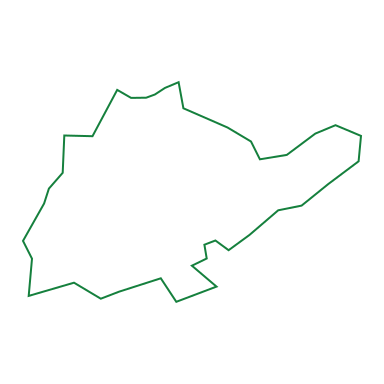 Izboskan, Andijon, Uzbekistan (Natural Earth projection)
{"feature_id": "79887680B50454088446008", "entity_name": "Izboskan", "entity_type": "district", "adm_level": 2, "iso_a3": "UZB", "parent_name": "Uzbekistan", "parent_adm1": "Andijon", "projection": "natural_earth1", "projection_center": [72.251, 40.931], "detail": "fine", "context": "isolated", "style": "outline", "palette": "green", "viewbox_px": 384, "rotation_deg": 0, "n_neighbors": 0, "source": "geoboundaries", "source_scale": "gbopen_adm2", "svg_char_len": 580}
<svg xmlns="http://www.w3.org/2000/svg" viewBox="0 0 384 384"><path d="M249.4,235.0L278.2,210.3L301.6,205.6L328.2,184.1L358.6,161.3L361.0,135.9L335.5,125.2L315.3,133.6L286.8,154.9L259.9,159.3L251.0,141.5L227.5,127.5L183.4,108.3L178.6,82.2L165.0,87.9L154.9,94.5L146.2,97.7L131.1,97.9L117.2,89.9L92.5,136.2L64.3,135.5L62.7,172.8L48.9,188.6L44.1,203.5L23.0,240.9L32.0,258.7L28.7,295.9L74.0,282.7L100.8,298.7L119.0,291.7L160.8,278.3L176.3,301.8L216.5,286.6L191.9,265.7L206.7,258.5L204.4,244.7L215.4,240.5L228.6,250.2L249.4,235.0Z" fill="none" stroke="#15803d" stroke-width="2"/></svg>